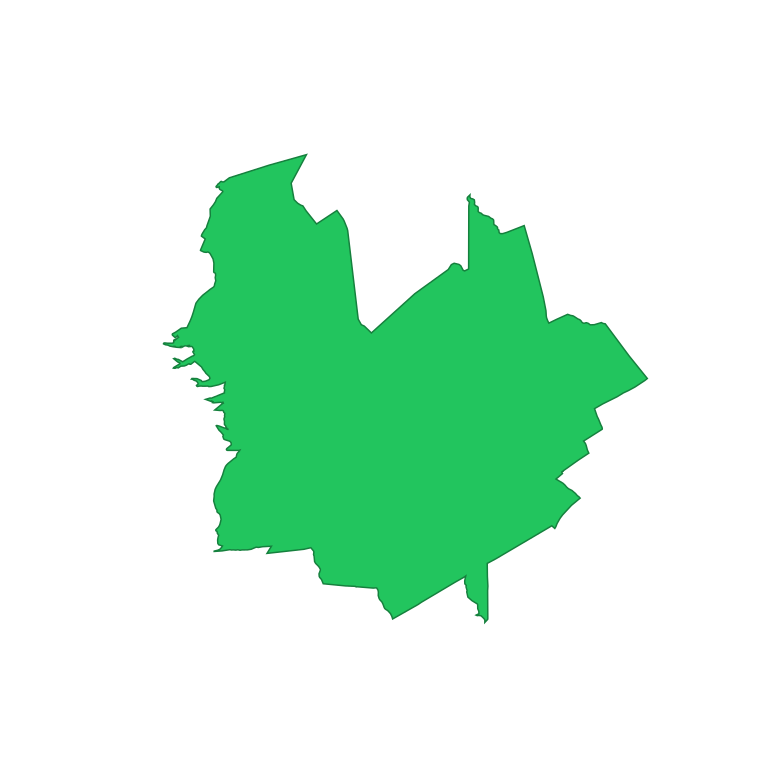 the district of Poboru, Olt, Romania, rotated 330°
{"feature_id": "2599482B3636434641620", "entity_name": "Poboru", "entity_type": "district", "adm_level": 2, "iso_a3": "ROU", "parent_name": "Romania", "parent_adm1": "Olt", "projection": "natural_earth1", "projection_center": [24.455, 44.685], "detail": "fine", "context": "isolated", "style": "filled", "palette": "green", "viewbox_px": 768, "rotation_deg": 330, "n_neighbors": 0, "source": "geoboundaries", "source_scale": "gbopen_adm2", "svg_char_len": 6171}
<svg xmlns="http://www.w3.org/2000/svg" viewBox="0 0 768 768"><g transform="rotate(330 384 384)"><path d="M431.5,146.6L394.2,137.1L353.2,128.1L346.5,128.9L345.2,128.3L344.3,127.1L343.5,127.1L341.5,127.7L339.8,127.9L339.2,128.4L337.5,128.9L337.1,129.3L337.4,130.2L339.9,130.9L339.2,132.1L339.1,133.1L339.5,134.1L340.7,135.9L340.7,136.4L340.5,136.9L332.0,139.6L329.2,141.8L325.9,143.5L320.9,145.5L317.5,151.8L316.4,152.8L309.6,158.6L308.4,159.9L305.9,160.7L301.7,163.0L300.3,164.0L299.8,164.7L301.7,169.0L291.9,176.4L292.0,176.9L294.0,179.7L295.8,181.1L297.5,181.6L298.4,183.1L298.6,184.1L298.5,190.2L297.1,194.3L292.7,201.5L292.5,202.4L293.1,203.3L293.3,204.0L292.5,205.7L291.0,207.5L289.9,210.5L287.4,212.7L286.0,214.3L285.0,214.8L280.8,215.1L271.3,216.5L266.3,217.9L262.1,219.7L261.2,220.3L255.0,226.3L251.2,229.7L247.6,232.5L241.5,236.7L236.3,234.3L229.5,234.9L225.9,234.8L225.4,235.2L225.2,235.9L226.3,239.4L228.2,239.3L229.3,238.8L229.5,240.8L227.0,241.2L224.0,240.9L223.7,241.1L223.6,241.5L224.1,241.7L223.2,241.9L222.5,243.0L221.2,242.9L217.0,240.5L214.7,238.8L213.8,238.5L213.3,238.7L213.1,239.0L213.3,239.3L214.3,240.7L216.4,242.4L217.5,244.1L220.1,246.4L220.5,246.7L220.9,246.3L221.8,247.0L221.4,247.4L222.9,248.6L226.0,250.7L226.4,249.8L227.8,250.3L227.5,251.2L230.4,251.3L231.8,252.1L233.0,253.5L233.5,252.7L234.8,253.3L234.1,254.3L236.0,255.2L236.5,255.7L236.6,256.4L236.7,258.7L235.7,260.5L235.0,260.2L234.5,260.6L234.6,263.7L233.9,264.1L233.2,264.3L231.8,264.0L226.0,263.9L220.8,264.1L218.2,259.9L217.0,259.0L215.7,257.1L214.5,256.9L216.4,261.9L217.5,263.3L217.6,264.1L217.4,264.4L210.0,264.6L209.5,264.9L210.8,265.9L212.7,266.2L213.9,267.2L217.0,267.0L220.0,268.5L222.0,268.9L225.1,268.9L225.5,269.1L225.6,269.7L226.6,270.3L231.3,269.7L231.6,270.1L234.5,278.0L234.5,280.9L235.0,283.6L235.1,285.6L236.4,290.0L236.4,291.0L236.1,292.1L234.5,292.8L230.8,292.3L228.0,291.2L227.6,290.8L227.5,289.6L224.7,285.8L220.5,283.2L219.7,283.5L220.5,284.1L221.4,285.8L222.8,287.4L223.2,288.3L223.3,290.5L222.9,291.1L222.5,291.3L220.9,291.4L220.8,292.2L221.2,292.9L223.3,293.6L224.9,294.5L226.1,295.4L230.5,297.8L230.9,298.6L233.0,299.7L240.4,302.0L247.4,303.1L245.6,305.3L245.1,305.3L244.9,306.0L243.3,307.7L243.2,309.4L241.7,311.1L241.4,311.9L227.1,309.9L226.5,309.2L221.8,308.1L225.2,312.2L225.8,312.9L226.2,312.6L227.1,313.8L226.2,314.4L227.1,315.2L233.5,318.2L234.0,319.0L235.4,319.2L235.3,320.3L234.3,320.2L224.4,321.9L228.8,325.0L230.6,325.9L231.4,326.7L231.1,328.6L231.5,329.8L229.9,331.9L229.7,332.8L228.3,333.8L227.7,334.7L227.2,336.6L225.7,339.0L225.5,339.7L226.0,340.6L225.7,342.0L225.8,344.1L226.6,345.7L225.4,344.7L224.6,342.8L224.2,342.7L223.6,342.1L220.3,338.1L218.5,336.3L217.8,336.3L218.0,341.6L218.7,343.9L219.4,347.8L218.2,348.9L217.7,351.5L218.3,352.6L221.7,356.3L222.0,357.0L222.2,358.4L221.4,360.2L221.1,360.4L215.8,361.3L214.9,361.7L214.7,362.4L214.9,362.9L215.4,363.3L225.2,369.0L226.1,369.2L225.3,369.7L222.3,370.7L221.5,371.2L219.3,373.5L216.8,373.6L209.4,374.8L207.2,375.4L205.6,376.1L202.8,378.2L198.8,382.0L194.4,385.4L187.7,389.0L185.1,390.8L181.8,394.4L180.8,396.3L178.0,400.1L176.2,407.4L176.3,409.6L175.6,410.9L175.5,411.7L176.5,414.0L176.6,415.6L175.2,419.8L172.3,422.9L170.8,424.2L169.0,425.2L165.6,426.1L165.2,426.6L165.1,427.1L165.7,428.2L165.0,430.1L165.2,432.3L163.5,434.0L161.9,435.9L160.4,438.9L160.4,440.5L163.1,443.5L161.4,444.4L159.0,445.1L156.8,444.8L153.4,443.8L153.2,444.1L160.4,447.6L167.7,450.4L168.9,451.5L170.4,452.2L172.7,453.8L174.6,454.5L176.2,456.0L178.1,456.7L182.7,459.3L186.3,460.7L191.8,461.4L193.4,462.7L197.5,464.2L205.4,468.2L198.0,472.2L232.0,487.1L238.8,489.2L239.5,493.5L239.2,494.5L237.7,496.5L237.4,498.1L235.1,503.1L235.1,505.2L236.2,509.4L236.3,512.5L235.7,513.5L232.8,515.9L231.7,518.2L231.6,519.3L232.1,522.1L231.5,526.6L249.7,539.6L258.0,544.9L258.2,545.5L258.6,545.9L259.1,546.0L272.7,555.4L275.3,556.6L275.7,557.2L275.7,559.7L275.0,561.5L273.2,564.4L272.5,567.4L272.5,568.7L273.2,571.9L273.0,574.4L272.4,577.7L272.4,578.6L272.6,579.6L273.9,582.1L274.8,586.1L274.6,589.2L274.0,591.8L303.3,592.0L307.3,591.7L346.4,591.2L356.9,591.3L358.8,591.1L355.4,594.9L354.1,597.5L354.5,599.6L353.6,600.7L352.8,603.9L352.6,604.5L351.7,605.4L350.1,610.5L351.8,615.5L354.9,621.3L354.8,621.9L352.8,625.5L352.5,628.1L351.4,630.4L348.2,630.2L348.9,631.2L350.5,631.9L352.2,633.3L353.3,637.3L353.3,638.9L352.1,640.9L356.1,639.7L356.7,638.9L370.4,614.8L372.9,611.0L377.3,602.4L383.7,591.0L393.7,591.3L458.4,590.7L459.7,594.5L461.5,593.5L464.1,591.4L469.2,588.4L473.1,586.7L485.7,582.8L496.8,580.9L496.3,578.6L495.7,577.8L495.1,574.6L493.5,570.1L491.4,566.9L490.6,564.5L490.2,562.1L489.4,559.5L485.4,552.3L493.8,550.8L493.8,549.4L494.1,549.0L495.7,549.1L495.9,548.8L513.8,547.1L526.8,546.3L527.1,543.0L528.4,538.2L528.7,536.1L528.3,533.2L550.3,532.3L550.9,531.5L551.3,529.7L551.3,528.3L552.2,521.9L552.4,518.7L554.0,510.6L563.5,510.6L579.7,511.6L586.7,511.4L592.4,511.9L599.8,512.1L611.6,511.4L614.8,510.9L610.3,482.2L605.7,442.5L603.9,441.0L603.0,439.5L595.8,437.8L592.4,436.0L591.9,435.3L591.4,433.8L590.1,432.3L589.7,432.0L587.8,431.5L587.0,430.9L586.3,429.7L586.2,427.8L585.7,426.2L584.4,424.5L582.5,420.7L581.7,419.4L579.9,417.9L577.9,415.5L565.8,414.3L557.2,413.7L557.4,411.0L557.9,408.0L558.5,406.3L560.9,401.5L565.5,388.1L577.5,345.4L584.6,316.9L566.2,314.1L561.9,313.1L559.9,311.9L559.4,310.5L560.4,308.0L560.1,307.6L560.0,306.1L560.6,305.1L560.6,304.6L559.9,302.7L559.0,301.1L559.0,300.6L560.5,297.7L560.9,296.8L560.8,296.0L560.5,295.2L559.4,293.7L558.4,291.2L554.8,287.7L554.2,286.8L553.5,284.6L552.4,283.4L551.9,282.2L551.8,281.6L553.6,278.7L553.8,277.8L553.7,277.1L552.5,275.5L552.1,273.7L553.3,272.1L554.3,269.7L553.5,268.2L551.8,266.5L552.0,264.6L553.0,263.2L549.8,264.0L549.0,264.6L548.3,266.1L548.7,268.1L548.8,269.3L546.4,272.3L514.8,326.7L510.4,326.4L509.4,325.1L509.6,320.0L508.7,317.9L505.1,314.5L502.0,314.3L496.9,317.0L455.9,321.2L398.6,333.5L395.9,324.0L394.0,321.3L394.1,314.9L429.3,232.9L429.9,230.6L431.0,222.9L431.1,220.6L430.0,210.2L405.6,211.7L403.1,195.0L402.8,189.2L401.3,187.4L399.6,184.2L398.3,179.4L404.0,163.7L431.5,146.6Z" fill="#22c55e" stroke="#15803d" stroke-width="1.5"/></g></svg>